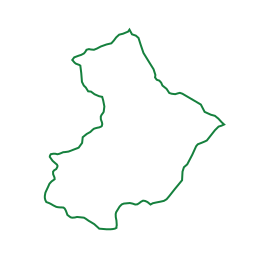 Bossemtélé, Ouham-Pendé, Central African Republic (Albers equal-area conic projection), rotated 259°
{"feature_id": "33826404B76356244638876", "entity_name": "Bossemtélé", "entity_type": "district", "adm_level": 2, "iso_a3": "CAF", "parent_name": "Central African Republic", "parent_adm1": "Ouham-Pendé", "projection": "albers", "projection_center": [16.537, 5.936], "detail": "fine", "context": "isolated", "style": "outline", "palette": "green", "viewbox_px": 256, "rotation_deg": 259, "n_neighbors": 0, "source": "geoboundaries", "source_scale": "gbopen_adm2", "svg_char_len": 2216}
<svg xmlns="http://www.w3.org/2000/svg" viewBox="0 0 256 256"><g transform="rotate(259 128 128)"><path d="M113.1,223.0L116.0,220.9L119.8,218.6L123.4,215.6L125.2,211.9L129.2,206.3L137.1,204.0L142.6,197.8L151.3,187.9L152.6,185.6L152.5,183.6L152.2,180.8L153.3,177.4L154.5,175.2L159.1,173.3L163.1,169.9L166.2,169.2L168.5,167.8L169.9,165.4L172.5,164.2L174.8,165.0L180.8,164.3L187.6,161.7L198.7,157.5L207.5,156.3L214.4,155.5L217.2,153.3L219.2,149.8L224.3,148.2L222.6,146.5L221.5,141.1L221.3,137.1L219.2,133.7L216.4,130.6L214.3,127.8L214.1,122.8L213.2,116.9L211.9,112.6L211.3,109.5L212.2,106.4L212.9,104.7L212.7,102.2L211.0,100.7L209.6,99.0L208.7,96.0L208.4,93.4L207.6,88.7L205.4,86.3L202.4,88.0L201.1,89.1L199.2,92.2L198.3,93.1L190.9,92.6L182.1,91.6L178.1,92.7L175.8,94.3L171.6,95.9L170.8,98.6L167.5,101.6L164.7,105.7L163.5,108.6L159.7,108.9L153.6,108.9L148.5,107.2L147.5,106.3L146.1,104.7L144.5,103.5L141.8,103.0L138.5,103.5L136.8,103.5L135.0,102.7L134.6,102.1L134.1,100.0L134.1,98.1L134.0,96.3L133.8,94.5L133.0,92.9L131.3,90.3L130.0,86.3L127.6,81.8L122.1,80.1L118.1,75.8L116.2,65.1L116.4,61.4L116.6,59.8L116.1,57.4L115.8,55.8L115.7,53.7L116.6,51.7L117.0,49.8L117.0,48.3L117.0,47.2L115.7,46.1L114.6,45.7L110.2,47.7L107.6,49.7L105.6,51.3L104.2,51.6L103.1,51.1L101.4,49.7L100.6,47.5L99.4,46.1L96.9,45.7L93.4,46.4L91.7,46.2L90.1,42.7L88.3,40.3L85.3,38.2L83.4,36.8L80.9,35.0L80.1,34.5L77.2,33.4L75.2,33.0L73.0,33.1L70.9,33.7L69.3,36.3L67.9,38.1L66.3,39.9L64.3,42.5L63.7,43.9L63.2,45.5L62.7,47.7L62.2,49.5L61.0,50.5L58.8,51.2L55.9,51.7L54.3,51.9L52.8,53.2L51.3,54.6L50.6,56.1L50.3,58.7L50.4,61.0L48.4,67.6L47.1,69.1L44.3,71.8L43.2,73.1L40.1,76.5L35.6,79.9L34.7,80.5L32.8,87.2L31.9,91.7L31.7,93.8L31.7,95.9L32.2,97.6L33.9,98.0L34.6,98.4L39.3,99.0L40.5,99.0L42.9,99.0L45.9,99.5L47.6,100.3L52.5,104.8L54.2,107.3L54.6,109.5L54.0,115.5L52.9,118.1L51.5,120.5L51.3,122.6L52.2,124.9L53.1,126.6L53.8,128.9L53.1,130.9L51.6,133.0L48.6,135.5L49.4,137.9L49.5,141.2L49.5,145.6L49.6,149.3L50.7,152.3L53.1,155.3L59.3,162.5L66.4,171.1L74.8,173.2L78.8,175.4L81.0,179.2L89.5,186.0L97.1,191.4L98.7,193.4L99.4,197.3L100.1,200.7L100.7,203.0L109.3,213.0L112.1,217.2L112.4,220.0L113.1,223.0Z" fill="none" stroke="#15803d" stroke-width="2"/></g></svg>